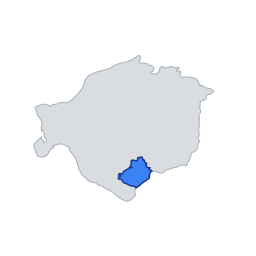 Suceava on a map of Romania (Albers equal-area conic projection), rotated 152°
{"feature_id": "ROU-311", "entity_name": "Suceava", "entity_type": "County", "adm_level": 1, "iso_a3": "ROU", "parent_name": "Romania", "parent_adm1": "", "projection": "albers", "projection_center": [25.683, 47.513], "detail": "fine", "context": "in_parent", "style": "filled", "palette": "blue", "viewbox_px": 256, "rotation_deg": 152, "n_neighbors": 0, "source": "natural_earth", "source_scale": "10m", "svg_char_len": 5109}
<svg xmlns="http://www.w3.org/2000/svg" viewBox="0 0 256 256"><g transform="rotate(152 128 128)"><path d="M191.3,141.9L193.5,144.7L196.2,146.1L202.4,147.6L202.9,147.3L203.0,147.0L202.5,146.6L202.4,146.1L202.7,145.4L203.6,145.3L205.0,145.9L207.6,144.9L211.4,142.4L214.9,141.8L218.2,143.0L220.0,144.5L221.1,146.0L220.9,147.9L220.7,149.0L220.1,153.9L219.6,155.8L218.8,157.8L208.7,160.7L209.3,159.5L209.0,157.5L208.5,156.0L209.4,154.6L207.0,154.2L206.1,155.0L205.4,156.3L206.2,159.4L205.1,161.1L204.7,162.1L204.8,164.3L204.2,165.3L204.1,166.4L205.7,166.0L205.0,168.0L202.1,171.8L201.1,174.1L201.7,182.8L200.5,188.1L200.5,189.7L197.2,189.9L196.2,189.8L193.0,189.1L189.5,187.8L187.3,185.2L186.0,183.3L183.0,184.2L182.5,184.0L181.6,183.1L179.4,182.5L176.6,182.6L170.4,179.1L169.7,178.6L164.8,179.2L157.6,181.1L152.1,183.3L146.3,187.2L144.0,190.1L141.3,191.6L137.4,192.8L130.5,192.3L123.4,190.8L115.7,189.1L111.5,189.9L105.9,189.1L97.5,187.0L91.2,186.3L84.9,187.2L83.9,186.3L83.7,185.3L84.0,184.0L84.9,182.9L86.4,182.1L87.2,181.3L87.4,180.4L85.7,179.0L82.3,176.9L81.0,175.7L80.6,175.4L80.6,174.3L79.9,173.4L78.6,172.8L77.6,171.6L76.9,169.9L77.2,168.4L78.3,167.0L79.6,166.5L81.2,166.7L81.9,166.4L81.7,165.3L80.2,164.0L77.3,162.3L74.3,163.1L71.2,166.2L69.0,166.6L67.8,164.3L65.5,162.9L62.1,162.4L60.1,161.4L59.3,160.1L57.9,159.0L54.7,157.8L54.7,156.8L55.3,156.6L56.4,156.6L58.0,156.5L58.3,155.9L58.3,155.4L57.1,154.7L55.9,154.2L55.3,153.7L54.9,153.2L54.8,152.7L55.2,152.4L55.7,152.4L56.2,152.1L56.6,150.9L57.3,150.0L57.8,149.7L57.8,148.9L57.3,148.2L56.7,147.6L55.7,147.2L52.7,146.0L51.2,144.5L50.3,144.4L48.8,143.5L47.3,142.2L46.0,140.4L44.5,139.1L44.2,138.6L44.2,138.2L44.5,137.7L44.5,137.2L44.2,135.5L44.6,133.7L44.6,131.9L44.6,131.2L44.4,130.9L44.1,131.2L43.7,131.5L43.3,131.5L42.3,130.2L41.1,127.6L40.2,126.7L38.4,125.4L36.9,124.3L35.9,122.1L34.9,120.4L35.7,119.8L40.2,119.1L42.2,120.2L43.1,119.9L44.1,119.2L44.6,118.6L44.7,118.0L45.2,117.2L46.8,116.9L50.7,117.6L52.3,116.6L53.0,116.0L53.4,114.7L53.9,113.6L55.3,113.1L55.4,112.1L55.2,111.0L56.2,108.6L56.7,107.7L57.5,107.3L58.5,106.6L60.3,105.1L60.0,103.7L60.4,102.7L62.2,100.3L63.7,98.0L63.7,96.8L64.0,95.7L65.2,94.6L66.5,93.2L68.3,88.6L68.9,87.8L70.0,87.0L70.8,86.1L71.1,83.1L71.8,82.2L73.3,81.3L74.8,79.7L76.0,77.9L76.9,77.0L78.0,76.8L79.3,76.2L80.7,75.9L82.1,76.4L83.0,76.2L84.3,75.3L87.7,72.0L88.2,71.3L88.9,70.8L91.6,69.7L92.4,68.6L93.3,67.5L94.5,67.6L98.3,70.4L102.5,70.4L103.2,70.5L103.5,70.5L104.0,70.8L109.5,72.2L110.3,72.1L110.6,72.0L112.8,73.1L114.7,73.0L116.6,72.3L118.6,72.1L120.4,72.6L121.7,74.1L125.2,77.4L126.2,78.6L127.9,78.5L129.7,77.9L131.5,75.7L137.1,73.3L141.3,72.7L145.5,71.7L150.3,70.9L151.7,68.9L152.4,67.5L152.9,65.0L155.5,64.2L157.9,63.7L158.8,63.3L160.6,63.2L162.0,63.4L164.1,64.6L165.6,66.2L166.3,67.4L167.6,69.2L169.0,71.7L170.5,74.9L170.9,76.6L171.5,78.4L172.7,80.6L174.8,83.0L175.2,83.4L176.2,85.1L178.1,88.9L179.7,90.4L181.2,92.0L181.9,93.7L182.9,95.2L185.3,97.1L187.2,98.9L188.9,104.1L190.0,106.5L190.7,108.3L190.5,112.0L191.0,113.6L190.2,116.6L188.8,122.5L188.6,127.2L189.0,129.7L189.1,131.3L189.5,132.4L190.0,134.5L190.1,136.3L189.5,136.9L188.7,137.4L188.4,137.8L189.2,138.6L190.3,140.1L191.3,141.9Z" fill="#d9dde1" stroke="#a8b0b8" stroke-width="1"/><path d="M146.6,71.7L147.8,71.4L149.1,71.4L149.5,73.1L149.6,73.4L149.9,73.7L150.4,74.0L151.2,74.6L152.1,75.2L152.6,75.6L154.8,78.4L155.1,79.0L156.4,80.5L156.7,80.9L157.3,81.6L157.5,81.9L157.7,82.5L158.0,84.0L158.0,84.3L157.9,84.7L157.9,85.1L158.0,85.4L158.1,85.7L158.6,86.3L158.8,86.6L159.1,86.7L159.8,86.8L160.1,87.2L160.2,87.5L160.1,87.8L159.9,88.3L159.9,88.6L159.8,88.9L159.7,89.1L159.3,89.1L157.2,88.9L156.9,89.0L156.9,89.3L157.1,89.7L158.2,90.8L158.4,91.0L158.2,91.2L158.0,91.4L156.5,91.7L155.9,91.0L155.6,90.8L155.2,90.6L154.9,90.5L154.5,90.5L154.0,90.6L152.3,91.6L151.6,91.8L149.4,91.8L148.4,92.0L148.1,92.0L147.7,91.9L147.2,91.7L145.6,92.4L145.2,92.4L144.7,92.2L143.9,91.4L143.6,91.2L143.4,91.1L143.1,91.1L142.9,91.4L143.0,91.6L143.3,92.1L143.7,92.4L143.8,92.6L143.9,92.9L143.8,93.1L143.7,93.4L143.4,93.7L142.6,94.2L142.3,94.5L141.5,95.5L141.2,96.0L141.0,96.7L141.0,97.3L140.0,97.5L139.7,97.6L139.3,97.6L139.0,97.6L138.7,97.4L138.5,97.1L138.3,96.9L138.1,96.6L135.9,95.2L135.6,95.0L135.3,95.0L134.8,95.1L134.4,95.3L134.1,95.5L133.9,95.8L133.9,96.1L133.9,96.3L133.8,96.6L133.7,96.8L133.5,97.0L133.3,97.1L133.0,97.1L132.8,97.1L132.0,96.8L131.2,96.4L129.4,96.0L129.3,94.0L129.5,93.2L129.5,92.9L129.6,92.5L129.6,92.3L129.3,92.3L129.1,92.3L128.9,92.2L128.7,91.9L128.7,91.7L128.9,91.3L129.1,90.8L129.3,90.3L129.3,90.0L129.2,89.8L128.9,89.2L128.4,88.5L128.3,88.2L128.2,88.0L128.3,87.8L128.5,87.7L128.8,87.7L128.9,87.8L129.0,87.7L129.2,87.4L129.2,87.2L129.0,86.9L128.9,86.8L128.9,86.6L129.1,86.5L129.3,86.4L129.6,86.2L129.8,86.0L129.9,85.6L129.9,85.3L129.8,85.0L129.6,84.6L129.1,84.0L127.6,82.7L127.4,82.5L128.5,82.1L128.7,81.9L128.9,81.6L128.8,81.3L128.7,81.1L127.8,80.2L127.4,79.5L127.2,78.7L128.6,78.5L129.8,78.0L130.6,77.2L132.4,74.2L133.3,73.6L142.5,72.6L143.8,72.1L144.8,72.0L145.3,71.7L145.7,71.7L146.6,71.7Z" fill="#3b82f6" stroke="#1e3a8a" stroke-width="1.5"/></g></svg>